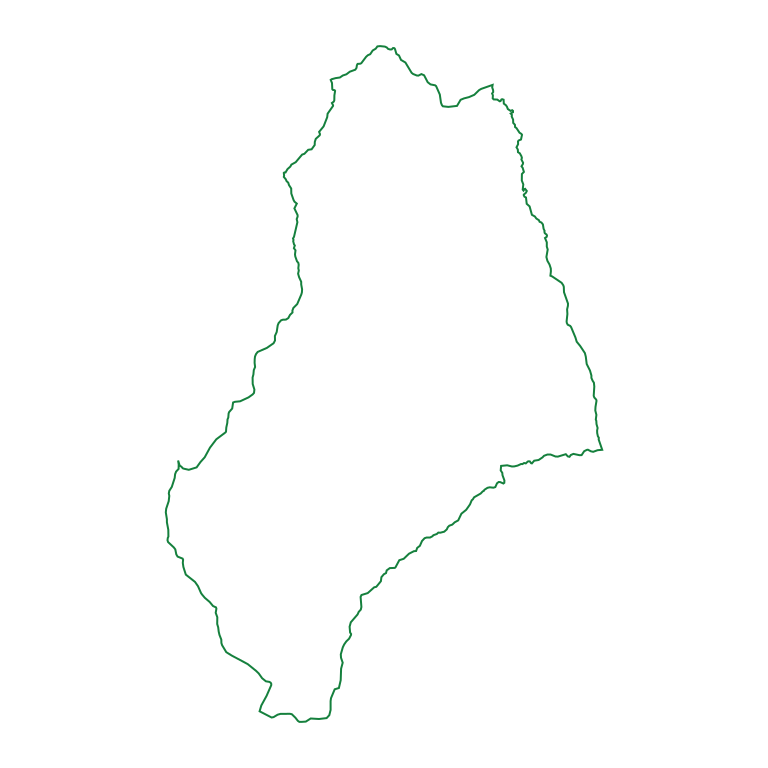 the district of Cucutilla, Norte de Santander, Colombia
{"feature_id": "7082276B94948721354660", "entity_name": "Cucutilla", "entity_type": "district", "adm_level": 2, "iso_a3": "COL", "parent_name": "Colombia", "parent_adm1": "Norte de Santander", "projection": "natural_earth1", "projection_center": [-72.786, 7.499], "detail": "fine", "context": "isolated", "style": "outline", "palette": "green", "viewbox_px": 768, "rotation_deg": 0, "n_neighbors": 0, "source": "geoboundaries", "source_scale": "gbopen_adm2", "svg_char_len": 6060}
<svg xmlns="http://www.w3.org/2000/svg" viewBox="0 0 768 768"><path d="M178.1,460.5L178.7,464.5L178.6,468.9L176.1,471.6L175.1,474.2L174.7,477.9L171.8,486.9L169.3,490.8L168.8,493.4L169.3,495.9L168.7,501.2L166.2,508.7L165.8,512.4L166.9,519.2L166.9,522.3L168.3,529.8L168.4,536.6L167.8,537.9L167.5,540.2L168.1,542.1L173.8,547.4L175.3,549.4L176.3,554.4L177.6,556.6L182.6,558.6L183.1,559.7L182.8,562.9L183.4,567.0L185.8,574.6L195.0,581.9L198.0,586.2L201.1,593.2L202.2,594.7L204.8,597.8L209.7,602.0L213.0,606.0L216.0,607.4L216.4,608.7L215.7,612.8L217.3,617.2L217.2,624.0L218.2,627.4L218.7,631.6L219.5,635.0L221.3,639.6L221.4,643.0L222.1,645.2L226.3,652.2L231.8,655.6L247.7,664.1L256.1,670.9L258.7,673.4L262.1,678.2L265.9,681.3L269.4,681.9L270.7,682.7L271.3,684.0L271.2,685.3L266.6,695.8L261.3,705.5L259.6,711.3L271.6,717.5L273.6,717.1L277.6,714.7L280.4,713.9L289.9,713.8L291.8,714.2L295.4,717.7L297.9,720.9L299.4,721.9L301.2,721.9L305.8,721.6L310.7,718.5L319.0,719.0L326.6,718.1L329.3,715.2L330.6,709.9L330.6,701.1L331.0,698.2L334.7,689.3L338.9,688.0L340.7,680.2L341.1,668.7L342.7,662.7L341.0,657.7L340.8,654.3L342.8,647.3L344.2,644.4L346.3,641.4L349.1,638.7L351.0,635.0L351.1,634.0L350.1,632.5L349.6,626.7L350.8,622.3L357.6,614.4L358.7,611.9L360.8,609.6L361.4,607.0L360.6,596.9L361.5,595.0L367.7,593.1L374.2,587.3L376.3,586.8L380.9,581.2L381.4,577.2L383.9,574.2L386.0,573.1L386.7,570.4L389.8,568.1L394.8,567.9L395.5,567.3L399.3,560.2L403.7,558.8L409.0,553.7L413.9,551.2L416.1,551.0L417.2,547.9L419.9,545.8L422.0,541.0L424.6,538.2L426.7,537.5L430.1,537.5L432.4,536.3L433.4,535.2L436.8,534.0L438.3,532.6L440.3,532.7L444.2,531.7L446.8,529.4L447.8,527.2L449.3,525.7L452.3,524.6L454.7,522.3L458.2,520.4L461.4,513.7L466.2,509.8L470.0,504.4L471.7,500.3L472.8,499.4L474.1,497.3L480.7,493.5L482.8,491.3L483.8,490.9L484.4,489.8L487.5,487.8L489.8,487.3L493.4,487.7L495.3,487.1L497.0,483.3L498.7,482.0L500.2,482.1L503.4,483.5L504.3,482.8L504.4,480.4L502.5,475.2L502.3,472.9L500.7,470.4L501.1,465.9L507.2,465.3L512.0,466.5L514.3,466.4L517.6,465.6L521.1,464.0L522.4,464.1L524.1,463.0L525.8,463.4L527.8,461.5L528.7,461.3L529.8,461.4L531.1,463.2L531.9,463.4L534.2,460.7L538.6,460.0L542.5,457.4L544.0,455.8L547.5,454.5L550.5,454.5L555.5,456.5L557.9,456.6L565.8,454.2L567.8,456.4L569.5,456.8L570.8,455.0L573.4,453.9L579.6,455.2L581.6,455.1L584.2,451.2L586.8,449.9L587.9,449.7L590.9,451.3L593.2,451.8L597.6,450.2L602.2,449.8L598.7,439.6L598.8,437.7L597.9,436.3L597.2,433.1L597.1,430.5L597.6,428.0L596.5,424.1L596.3,420.8L595.8,419.6L596.4,414.9L595.3,410.5L595.5,406.9L596.5,400.8L596.2,399.6L594.3,397.5L593.7,395.8L594.3,386.6L593.9,382.7L592.6,380.7L591.4,377.9L591.4,375.5L590.0,370.6L586.7,364.0L585.8,356.7L584.9,353.1L580.2,346.0L576.7,341.7L575.4,337.4L571.1,327.1L570.2,325.9L567.7,324.7L566.8,322.9L566.6,321.4L567.4,314.0L567.1,309.3L567.9,305.9L568.0,303.6L564.0,292.2L563.8,286.9L563.3,285.3L561.6,282.8L552.1,276.4L550.4,275.7L550.9,271.4L550.8,268.5L549.5,264.5L547.4,260.8L546.4,257.0L547.7,249.5L546.8,246.6L546.8,242.3L545.0,238.0L546.7,236.8L547.0,235.6L546.6,234.6L544.8,233.2L544.4,231.8L544.6,230.9L543.6,228.8L542.9,224.4L541.4,222.5L539.6,221.8L538.9,220.2L536.3,218.5L534.9,216.5L531.9,214.8L529.6,206.4L526.7,203.8L526.0,197.5L524.5,196.7L523.8,195.4L523.8,194.6L525.9,192.8L526.8,191.0L525.1,188.8L524.6,189.0L523.5,190.6L522.7,189.6L523.3,184.4L521.8,180.5L521.9,174.0L523.9,171.9L522.6,167.7L521.5,166.3L522.9,164.0L523.1,162.8L521.4,159.5L521.9,157.9L521.4,156.2L519.8,153.3L518.0,152.2L517.8,149.5L516.5,147.3L518.1,144.2L518.0,141.4L518.6,140.5L521.0,139.5L522.0,134.8L521.4,133.9L519.5,132.7L516.4,128.0L515.1,127.1L514.9,124.7L513.2,122.9L513.1,119.6L511.7,116.5L511.9,114.9L510.7,113.5L513.0,112.2L513.0,110.9L512.2,110.2L510.6,110.9L507.8,109.0L507.0,106.8L506.0,105.3L503.8,103.6L503.6,99.7L502.1,99.2L501.4,99.5L500.5,101.1L499.7,101.3L497.3,99.6L493.7,99.4L492.7,98.4L492.9,95.3L492.1,93.5L493.2,92.0L493.1,90.2L492.2,87.4L492.6,84.9L481.2,88.9L479.1,90.1L474.3,94.8L469.0,97.1L464.0,98.4L460.6,99.8L457.0,105.9L448.4,106.9L442.9,106.3L441.9,105.1L441.0,102.8L439.8,94.5L436.1,86.1L435.1,85.3L430.5,84.4L427.7,82.2L424.1,75.3L421.4,74.1L418.4,75.6L416.8,75.5L413.1,74.0L411.6,72.8L405.4,62.5L401.0,59.9L399.0,55.5L396.4,53.9L395.0,49.1L394.4,48.2L393.1,48.0L391.7,49.4L390.1,49.5L388.1,48.9L386.8,47.5L384.9,46.6L380.0,46.1L377.4,46.4L375.7,48.7L372.7,50.5L370.2,54.2L367.9,55.2L366.1,56.8L361.3,63.2L360.3,63.7L357.6,63.9L356.9,65.2L356.5,67.9L355.3,69.7L349.8,71.7L346.4,74.3L342.8,75.5L339.9,77.5L335.7,78.1L331.7,79.2L330.7,79.9L332.0,83.0L332.3,89.2L332.9,89.9L334.6,90.2L335.1,90.9L334.4,95.3L334.3,100.3L333.8,101.6L331.9,103.0L333.1,105.3L333.0,106.0L327.6,113.7L327.2,117.2L323.6,126.4L319.1,131.9L320.0,134.1L319.7,135.3L315.8,138.8L314.8,141.9L314.7,145.0L311.6,149.3L308.2,149.8L304.4,153.8L302.1,154.6L295.7,162.2L291.4,164.6L290.3,166.6L287.5,169.1L285.5,172.5L284.4,172.4L283.8,172.9L284.1,175.7L283.8,176.9L285.8,179.3L286.6,181.2L288.2,182.6L289.0,185.1L291.2,188.5L291.3,193.5L293.6,200.1L294.5,201.7L296.8,203.6L294.4,208.4L297.6,215.1L297.6,216.7L296.7,219.1L297.4,222.2L294.0,236.8L293.0,238.5L293.5,239.9L293.2,241.2L294.0,244.3L294.8,245.5L293.9,248.2L295.5,250.3L295.0,254.4L295.3,256.5L297.0,261.3L298.3,262.8L298.7,264.8L298.3,268.2L298.8,270.5L298.1,273.7L299.1,277.2L301.2,281.8L301.2,284.4L302.1,289.4L301.9,292.4L301.3,294.5L297.2,304.1L293.4,307.9L292.4,310.6L292.5,312.5L290.0,314.9L288.3,318.1L285.9,319.6L282.9,319.7L281.1,320.3L278.6,323.1L277.7,325.4L276.7,332.0L274.9,336.0L275.0,340.5L273.6,343.2L266.9,347.9L257.7,351.9L256.0,354.1L255.0,356.6L254.7,359.2L254.6,362.9L255.1,367.0L253.8,370.1L253.4,374.5L252.6,377.5L252.7,384.0L254.4,389.6L254.0,392.9L252.7,394.4L248.5,397.4L240.1,401.3L234.9,401.8L233.1,402.5L232.2,408.5L229.1,412.1L228.6,413.5L228.3,417.5L227.5,419.5L227.3,422.9L226.3,427.5L226.0,431.6L225.6,432.3L216.3,439.3L210.0,447.6L204.7,457.3L200.5,462.0L196.6,467.4L188.8,469.8L183.9,468.7L182.8,468.3L181.4,466.7L179.7,465.6L178.1,460.5Z" fill="none" stroke="#15803d" stroke-width="2"/></svg>